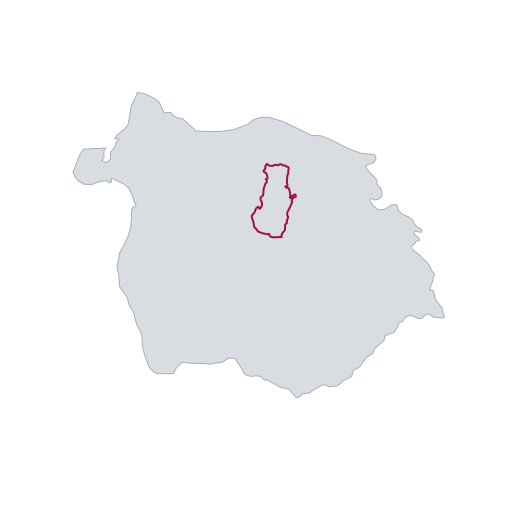 where Arges sits in Romania, rotated 194°
{"feature_id": "ROU-302", "entity_name": "Arges", "entity_type": "County", "adm_level": 1, "iso_a3": "ROU", "parent_name": "Romania", "parent_adm1": "", "projection": "orthographic", "projection_center": [24.918, 44.995], "detail": "fine", "context": "in_parent", "style": "outline", "palette": "rose", "viewbox_px": 512, "rotation_deg": 194, "n_neighbors": 0, "source": "natural_earth", "source_scale": "10m", "svg_char_len": 5888}
<svg xmlns="http://www.w3.org/2000/svg" viewBox="0 0 512 512"><g transform="rotate(194 256 256)"><path d="M390.5,284.5L395.2,290.5L401.0,293.6L414.1,296.5L415.3,296.0L415.4,295.3L414.4,294.5L414.2,293.3L414.8,291.9L416.6,291.7L419.6,292.8L425.1,290.7L433.1,285.4L440.6,284.0L447.6,286.5L451.4,289.7L453.8,292.8L453.3,296.8L453.0,299.3L451.8,309.7L450.8,313.6L449.0,318.1L427.7,324.4L429.0,321.8L428.2,317.5L427.2,314.3L429.0,311.3L424.1,310.4L422.1,312.2L420.6,315.1L422.4,321.5L420.2,325.2L419.4,327.3L419.5,332.0L418.2,334.1L418.0,336.4L421.4,335.6L420.1,339.8L413.9,348.0L411.9,352.8L413.3,371.5L410.9,382.8L410.8,386.1L403.8,386.5L401.7,386.3L395.0,384.9L387.5,382.2L382.9,376.7L380.0,372.6L373.7,374.7L372.5,374.3L370.7,372.3L366.0,371.2L360.1,371.3L346.8,364.2L345.3,362.9L335.1,364.5L319.8,368.5L308.1,373.3L296.0,381.7L291.1,388.0L285.4,391.3L277.3,393.8L262.6,393.0L247.4,389.9L231.1,386.5L222.3,388.3L210.3,386.7L192.4,382.5L179.1,381.0L165.8,383.1L163.6,381.2L163.2,379.1L163.8,376.2L165.7,373.9L168.9,372.2L170.7,370.4L170.9,368.6L167.4,365.6L160.2,361.3L157.2,358.7L156.5,358.0L156.4,355.7L154.9,353.9L152.1,352.5L150.0,350.1L148.5,346.6L149.0,343.4L151.3,340.4L154.1,339.1L157.6,339.7L159.0,338.8L158.5,336.7L155.2,333.9L149.2,330.4L142.9,332.0L136.3,338.7L131.6,339.7L129.0,334.9L124.1,331.9L116.9,330.8L112.5,328.8L111.0,326.1L107.9,323.9L101.1,321.4L101.1,319.3L102.3,318.8L104.7,318.7L108.0,318.4L108.6,317.3L108.7,316.2L106.2,314.7L103.6,313.6L102.2,312.6L101.4,311.6L101.3,310.5L102.1,309.8L103.1,309.8L104.2,309.2L104.9,306.7L106.4,304.6L107.4,303.9L107.4,302.4L106.5,300.9L105.1,299.6L103.0,298.8L96.6,296.3L93.4,293.2L91.4,293.0L88.3,291.1L85.0,288.3L82.2,284.5L79.1,281.9L78.3,280.9L78.3,279.9L78.9,278.9L79.0,277.8L78.3,274.1L79.1,270.2L79.1,266.6L79.2,265.0L78.6,264.5L78.0,265.0L77.1,265.6L76.4,265.7L74.2,263.0L71.5,257.4L69.5,255.5L65.7,252.8L62.6,250.6L60.5,245.9L58.2,242.3L59.9,241.0L69.4,239.5L73.7,241.7L75.7,241.1L77.7,239.5L78.8,238.3L79.1,236.9L80.1,235.3L83.3,234.6L91.6,236.1L95.1,233.8L96.4,232.6L97.3,229.7L98.3,227.4L101.4,226.3L101.4,224.2L101.1,221.9L103.1,216.8L104.2,214.7L105.9,214.0L108.1,212.5L111.7,209.3L111.0,206.3L111.8,204.2L115.7,199.0L118.8,194.0L118.8,191.5L119.3,189.3L121.9,186.9L124.6,183.8L128.4,174.0L129.7,172.4L132.0,170.5L133.7,168.7L134.1,162.2L135.8,160.4L138.8,158.3L141.9,155.0L144.4,151.1L146.3,149.3L148.8,148.8L151.5,147.4L154.5,146.9L157.4,147.7L159.2,147.4L162.0,145.5L169.2,138.3L170.3,136.8L171.8,135.8L177.5,133.5L179.0,130.9L181.0,128.7L183.5,128.9L191.7,134.7L200.5,134.5L202.1,134.8L202.6,134.9L203.7,135.4L215.4,138.3L217.2,138.0L217.7,137.8L222.4,140.2L226.6,139.9L230.6,138.3L234.8,137.8L238.6,138.8L241.4,142.1L248.9,149.0L251.2,151.6L254.6,151.2L258.4,149.9L262.3,145.3L274.1,140.0L283.1,138.6L291.9,136.4L302.1,134.8L304.9,130.4L306.5,127.5L307.6,122.0L313.0,120.4L318.2,119.2L320.0,118.5L323.8,118.2L326.7,118.5L331.3,121.1L334.6,124.4L335.9,127.0L338.7,130.7L341.8,135.9L345.1,142.8L345.9,146.4L347.2,150.2L349.8,154.8L354.5,159.8L355.1,160.8L357.3,164.4L361.6,172.3L365.0,175.5L368.1,178.9L369.6,182.4L371.8,185.5L376.9,189.6L381.0,193.3L384.6,204.4L387.1,209.4L388.7,213.3L388.3,221.2L389.4,224.6L387.8,230.9L385.0,243.5L384.6,253.5L385.4,258.8L385.6,262.2L386.5,264.4L387.5,268.9L387.8,272.8L386.7,274.0L385.0,275.0L384.4,275.9L386.0,277.6L388.3,280.8L390.5,284.5Z" fill="#d9dde1" stroke="#a8b0b8" stroke-width="1"/><path d="M268.6,291.0L269.3,292.2L269.5,292.7L269.7,293.3L269.7,294.0L269.5,295.0L269.2,295.7L268.6,296.8L268.3,297.4L268.0,298.2L267.8,299.2L267.8,300.6L267.4,301.8L267.1,302.8L266.7,303.4L266.3,303.8L266.0,304.1L265.6,304.2L265.2,304.1L264.9,303.8L264.4,303.0L264.1,302.7L263.9,302.7L263.6,302.8L263.4,303.1L263.0,304.2L262.8,304.6L262.6,305.4L262.5,306.5L263.0,308.9L263.6,309.9L264.9,311.4L265.4,312.6L265.6,313.3L265.6,313.9L265.4,314.4L264.2,315.8L264.0,316.4L263.9,317.3L264.0,318.5L264.7,321.8L264.8,322.7L264.5,327.6L264.4,328.3L264.2,328.8L263.5,330.0L263.4,330.6L263.5,331.3L264.1,332.0L264.6,332.4L265.0,332.9L264.8,333.1L263.9,333.7L263.7,334.2L263.8,335.0L264.9,337.1L265.3,337.7L266.5,338.9L266.9,339.1L267.3,339.3L268.3,339.4L268.7,339.6L269.0,339.9L269.2,340.3L269.2,340.8L268.4,342.3L268.2,342.9L268.2,343.7L268.4,344.2L268.5,344.8L268.6,345.2L268.5,346.3L267.6,348.0L266.2,347.3L265.5,347.1L264.8,347.0L263.8,347.0L261.9,347.4L261.0,347.9L260.0,348.9L259.4,349.1L258.4,349.4L257.0,349.2L256.6,349.3L256.2,349.6L255.6,350.3L255.3,350.6L254.9,350.8L254.2,351.0L253.5,351.0L251.2,350.4L249.3,350.9L248.4,350.2L246.3,350.1L245.9,349.8L245.6,349.3L245.4,348.4L245.2,345.7L244.7,343.7L244.7,343.2L244.8,342.7L245.0,341.9L245.0,341.5L244.6,338.8L244.3,337.8L244.2,337.3L244.2,336.6L243.9,335.2L243.6,334.3L242.6,332.5L242.5,332.0L242.6,331.6L242.8,331.3L243.2,331.1L243.9,330.7L244.2,330.6L244.2,330.4L244.0,330.0L243.7,329.8L242.9,329.7L242.3,329.9L241.6,329.9L240.9,329.7L240.1,328.8L239.6,328.2L237.7,324.2L237.4,323.4L237.3,322.7L237.4,322.1L237.4,321.6L237.4,321.1L237.1,320.8L236.7,320.7L236.4,321.0L235.9,321.6L235.5,322.7L235.3,323.1L235.0,323.4L233.3,324.9L232.9,325.1L232.5,324.9L232.3,324.7L231.8,323.2L232.9,322.4L234.5,320.5L234.8,319.9L234.9,319.4L234.9,318.9L234.6,318.2L234.3,317.7L234.0,317.2L234.0,316.7L234.3,315.4L234.8,311.8L236.1,306.1L236.0,304.7L235.8,303.8L235.4,303.1L235.2,302.7L234.5,302.0L234.3,301.4L234.3,300.6L234.4,299.4L234.6,297.9L234.2,296.4L234.1,295.8L234.2,295.2L234.5,294.8L234.8,294.4L235.1,293.9L235.3,293.4L235.2,292.6L234.3,288.9L234.3,288.2L234.4,287.5L235.7,285.2L236.3,282.6L235.8,280.6L243.4,278.4L246.0,278.2L246.7,278.4L247.2,278.7L247.9,279.4L248.2,280.0L248.5,280.4L248.8,280.6L249.4,280.4L250.1,279.9L250.6,279.8L251.1,279.7L252.3,279.8L254.9,279.6L259.6,280.2L260.6,280.8L262.2,282.2L262.9,282.6L263.6,282.9L264.3,283.4L264.9,284.1L267.2,289.3L268.6,291.0Z" fill="none" stroke="#9f1239" stroke-width="2"/></g></svg>